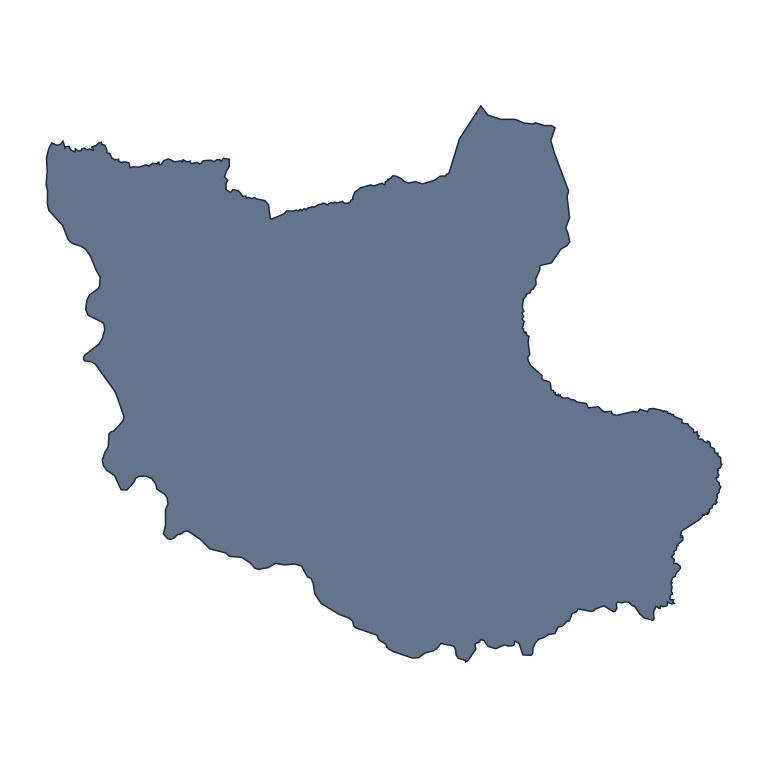 Chembe, Luapula, Zambia (orthographic projection)
{"feature_id": "96606910B10415646720486", "entity_name": "Chembe", "entity_type": "district", "adm_level": 2, "iso_a3": "ZMB", "parent_name": "Zambia", "parent_adm1": "Luapula", "projection": "orthographic", "projection_center": [28.787, -11.746], "detail": "fine", "context": "isolated", "style": "filled", "palette": "slate", "viewbox_px": 768, "rotation_deg": 0, "n_neighbors": 0, "source": "geoboundaries", "source_scale": "gbopen_adm2", "svg_char_len": 6070}
<svg xmlns="http://www.w3.org/2000/svg" viewBox="0 0 768 768"><path d="M555.1,127.8L551.2,125.5L544.4,125.6L535.6,122.8L532.9,124.0L524.0,123.0L515.2,119.3L500.4,119.3L487.9,115.1L480.8,106.0L459.4,139.0L449.0,173.1L446.9,174.0L445.6,175.9L440.1,176.2L434.3,180.4L422.5,183.9L415.2,181.7L408.7,183.0L404.5,181.7L401.0,178.4L396.0,176.1L392.7,175.8L390.3,178.7L387.9,179.3L387.7,180.9L385.2,182.0L385.1,184.2L384.0,184.8L382.1,183.1L373.7,186.0L370.7,184.9L360.6,187.8L354.6,192.3L352.7,197.7L353.1,199.1L351.0,200.3L349.9,202.4L347.4,203.4L344.4,203.1L342.6,201.4L337.4,202.8L334.8,202.1L333.1,203.3L331.1,202.6L327.0,204.9L325.2,203.5L322.3,203.2L321.8,204.3L318.6,204.5L314.6,207.0L312.1,206.8L307.2,208.4L306.3,209.7L304.2,208.7L301.7,210.6L300.4,209.3L298.4,210.8L296.1,210.1L293.5,211.1L286.8,210.9L284.0,213.9L271.6,219.1L270.6,218.8L270.1,216.6L268.5,204.7L264.9,200.6L256.6,198.9L254.5,197.5L251.4,198.6L248.6,197.3L246.3,198.2L245.9,196.1L242.9,196.3L238.4,190.7L232.8,189.6L231.4,191.8L230.0,192.2L226.0,189.6L226.1,183.1L227.7,180.3L224.5,176.8L226.4,171.2L229.3,166.5L229.4,159.3L223.5,158.3L221.0,161.3L219.9,159.7L217.0,159.7L214.0,161.7L210.9,160.2L204.5,160.6L202.5,161.1L201.3,163.3L199.0,163.8L197.3,162.4L191.4,163.6L190.1,162.3L190.4,161.1L186.9,161.9L183.1,159.7L182.5,162.0L180.9,160.8L174.8,161.8L168.3,158.9L163.9,160.6L160.6,164.8L159.3,164.6L159.0,162.2L158.3,162.2L157.1,163.9L152.5,163.3L149.0,166.2L146.0,164.8L138.9,167.2L133.2,166.8L129.9,167.7L129.0,162.9L125.8,162.0L122.8,162.0L122.2,162.9L118.6,161.0L118.5,159.3L114.8,159.9L111.9,158.0L109.7,153.4L107.0,152.9L106.9,150.0L105.0,145.3L102.2,144.5L101.2,142.1L98.9,142.8L96.0,145.6L92.0,146.8L92.0,147.9L93.4,148.3L93.2,150.3L89.5,148.9L87.3,149.9L83.9,148.1L81.4,149.2L81.3,150.6L78.2,151.0L75.3,148.8L75.1,152.0L70.5,149.9L69.1,146.5L65.9,146.6L65.0,148.0L63.0,141.1L60.8,144.0L57.4,145.4L51.6,142.9L48.8,148.6L46.5,158.1L47.2,171.3L46.1,184.1L47.5,190.8L47.4,203.9L48.9,210.5L62.7,225.5L67.9,239.1L69.5,241.1L73.2,243.8L80.2,245.9L85.6,249.2L90.5,256.3L96.1,270.2L100.2,277.4L99.5,286.5L98.3,288.5L89.5,294.9L87.0,299.9L85.6,309.1L88.3,315.5L102.6,322.4L104.0,324.2L104.7,329.9L102.3,338.4L99.1,343.9L84.9,355.0L83.5,357.2L83.6,359.4L84.6,360.9L92.1,362.0L95.4,364.2L113.3,389.1L115.8,393.1L124.0,416.7L123.2,420.3L120.9,423.3L113.7,431.1L111.0,431.8L109.0,434.2L108.2,447.0L104.9,452.2L102.3,460.0L103.3,465.4L106.7,470.3L114.5,475.6L121.1,489.7L127.0,490.0L134.3,481.6L135.5,478.5L138.5,476.5L145.7,476.0L151.7,478.6L155.6,483.7L157.0,489.3L164.6,494.1L167.0,497.5L168.0,503.7L165.4,510.1L165.5,525.4L163.4,533.8L167.6,538.7L170.2,539.3L173.5,538.4L177.8,534.5L180.5,534.2L185.8,530.8L188.3,531.3L199.9,539.0L209.7,548.8L225.6,552.9L229.4,556.4L241.8,557.4L250.2,562.9L255.0,568.4L258.5,569.3L268.0,567.7L275.6,563.3L283.8,564.9L294.8,564.0L301.5,566.0L307.5,577.0L311.0,578.4L313.1,583.0L314.8,593.9L321.1,603.4L339.1,614.4L348.8,618.0L352.5,621.0L354.0,626.4L355.7,627.8L376.8,635.1L378.8,639.8L385.7,644.1L386.9,647.1L389.2,649.3L393.5,651.7L412.1,658.0L418.4,657.8L425.2,653.0L433.4,650.8L436.9,648.5L440.8,643.5L453.3,645.9L455.4,648.7L456.2,655.2L458.3,658.3L465.2,660.3L465.7,662.0L467.8,660.8L475.8,649.2L475.0,643.8L479.4,642.1L480.6,639.7L483.8,640.3L488.1,646.4L495.8,648.7L505.0,644.7L507.6,646.0L512.2,645.8L514.1,644.7L514.8,641.4L516.1,641.6L519.2,643.8L522.8,654.9L531.2,655.3L532.7,653.4L533.0,648.0L535.6,642.7L538.6,639.3L543.7,637.7L548.9,634.3L554.9,633.6L558.0,627.2L562.1,626.1L567.1,621.4L569.5,620.8L572.1,613.6L576.3,611.8L578.0,608.9L591.1,611.4L593.4,611.1L595.5,609.0L603.8,605.8L613.5,611.8L615.1,611.3L616.9,608.4L616.3,603.7L617.6,602.1L622.5,602.8L624.6,601.8L629.1,602.2L631.6,605.4L635.0,606.8L639.8,614.0L644.1,617.9L652.9,620.3L654.0,618.8L653.6,611.8L656.0,606.4L659.3,608.5L660.1,608.3L660.4,605.9L663.2,606.7L667.1,605.7L667.5,602.2L671.7,604.0L674.3,603.4L672.7,602.0L673.8,600.0L670.4,599.5L669.8,598.5L670.5,595.1L672.6,593.9L671.3,591.2L672.1,586.8L671.0,584.1L672.1,582.8L671.0,582.0L672.5,577.9L675.3,576.1L676.0,573.5L680.4,568.4L680.4,566.5L676.5,563.4L673.6,563.5L674.3,559.3L671.4,557.0L674.1,554.0L673.8,551.6L676.2,549.8L677.1,545.8L678.0,545.6L677.5,544.7L682.8,540.2L682.7,538.1L681.8,537.7L682.9,537.6L682.4,535.9L680.6,535.5L681.4,531.3L699.5,519.6L703.0,515.7L702.6,514.8L704.2,515.4L704.4,514.5L707.7,514.2L708.5,512.8L708.1,513.0L707.7,512.6L709.0,512.6L709.4,509.5L712.2,507.5L712.5,505.4L714.0,504.0L715.4,504.2L717.1,502.2L715.9,500.7L717.4,497.4L717.0,494.7L719.1,492.3L719.3,489.4L720.9,487.1L719.2,484.9L719.2,482.8L717.0,481.0L716.1,477.7L717.9,477.3L718.7,475.1L717.4,471.1L718.4,470.6L717.2,469.2L720.2,467.8L721.9,464.2L721.0,463.6L720.5,457.3L717.9,455.7L717.9,453.1L715.0,453.0L714.3,448.7L710.0,446.5L710.5,445.1L709.5,444.5L710.3,443.5L709.0,441.6L707.4,441.1L707.4,442.4L706.4,442.5L704.1,441.5L702.2,439.2L698.9,439.2L697.9,437.6L699.3,436.1L697.2,434.7L697.1,431.8L694.0,432.6L693.1,429.4L689.0,426.1L687.8,423.8L682.0,423.2L682.1,420.1L681.3,419.4L674.3,416.5L673.3,414.4L671.6,414.9L670.3,413.2L668.1,413.6L667.5,411.7L663.9,410.8L663.2,411.6L661.2,410.2L653.7,408.6L649.3,408.8L647.3,411.7L640.0,409.3L637.7,412.1L633.0,411.5L616.5,415.5L612.2,413.8L611.2,411.3L603.7,411.9L598.3,406.7L588.2,407.9L586.3,403.5L576.8,402.0L574.4,400.0L570.6,399.5L568.3,397.9L563.7,398.1L560.6,396.7L560.2,395.1L558.3,395.8L558.4,394.3L556.4,395.5L555.2,394.1L555.3,392.5L553.8,392.4L553.3,390.7L551.2,389.9L550.4,383.1L548.9,381.6L543.1,380.0L541.6,378.0L542.2,375.6L530.2,365.2L527.9,359.4L527.8,357.5L529.7,354.2L528.1,341.7L529.0,336.3L527.1,335.6L526.1,332.4L525.2,333.0L525.2,332.0L523.7,331.7L523.6,328.9L522.3,328.4L524.2,321.4L522.1,319.3L523.6,316.4L522.1,313.0L523.9,311.2L522.4,308.0L523.3,299.2L526.3,295.6L526.3,294.3L530.3,292.6L531.0,290.0L533.1,289.1L536.1,284.5L535.7,279.0L539.8,269.9L539.9,265.6L551.4,262.9L560.8,249.2L567.0,245.6L569.8,241.8L567.9,232.9L565.8,228.0L569.6,217.4L567.1,196.7L568.6,191.0L554.3,152.7L550.8,140.4L555.1,127.8Z" fill="#64748b" stroke="#1e293b" stroke-width="1.5"/></svg>